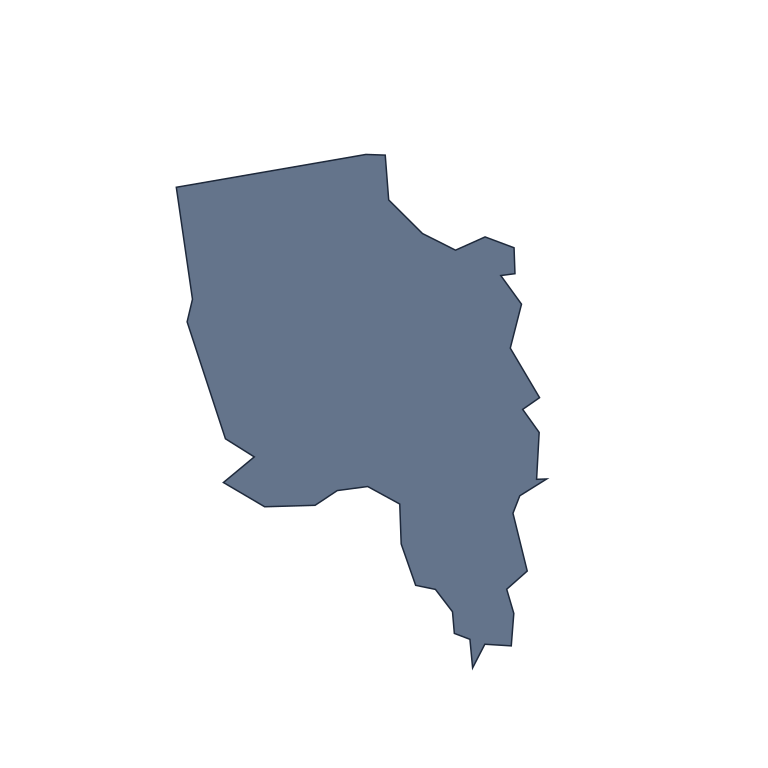 Wolfe, Kentucky, United States of America (Mercator projection), rotated 51°
{"feature_id": "52423323B59617184905831", "entity_name": "Wolfe", "entity_type": "district", "adm_level": 2, "iso_a3": "USA", "parent_name": "United States of America", "parent_adm1": "Kentucky", "projection": "mercator", "projection_center": [-83.426, 37.741], "detail": "fine", "context": "isolated", "style": "filled", "palette": "slate", "viewbox_px": 768, "rotation_deg": 51, "n_neighbors": 0, "source": "geoboundaries", "source_scale": "gbopen_adm2", "svg_char_len": 674}
<svg xmlns="http://www.w3.org/2000/svg" viewBox="0 0 768 768"><g transform="rotate(51 384 384)"><path d="M194.2,253.6L100.4,421.6L197.6,479.5L211.8,497.9L326.8,541.7L359.0,530.7L359.5,570.8L404.3,554.0L434.9,513.9L437.4,487.4L453.4,461.2L487.2,447.3L519.1,471.3L560.4,486.1L576.0,473.3L604.1,474.1L622.1,486.3L636.5,477.9L660.4,493.8L649.7,469.4L667.6,449.9L644.0,427.5L620.7,417.8L619.5,390.4L565.6,365.1L556.3,348.8L560.2,317.3L554.1,325.4L519.3,293.9L491.0,292.2L492.5,271.7L435.6,263.3L408.5,226.9L373.2,225.0L380.7,212.8L360.0,197.2L333.3,212.9L325.0,244.2L291.3,259.4L243.9,264.5L206.9,239.0L194.2,253.6Z" fill="#64748b" stroke="#1e293b" stroke-width="1.5"/></g></svg>